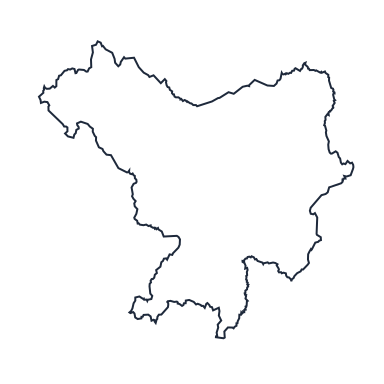 outline of Bolivar, Manabi, Ecuador, rotated 4°
{"feature_id": "8360857B59948244226228", "entity_name": "Bolivar", "entity_type": "district", "adm_level": 2, "iso_a3": "ECU", "parent_name": "Ecuador", "parent_adm1": "Manabi", "projection": "equal_earth", "projection_center": [-80.053, -0.927], "detail": "fine", "context": "isolated", "style": "outline", "palette": "slate", "viewbox_px": 384, "rotation_deg": 4, "n_neighbors": 0, "source": "geoboundaries", "source_scale": "gbopen_adm2", "svg_char_len": 5956}
<svg xmlns="http://www.w3.org/2000/svg" viewBox="0 0 384 384"><g transform="rotate(4 192 192)"><path d="M296.2,55.1L295.0,55.7L293.7,58.0L293.9,59.4L293.2,61.3L292.4,61.6L291.3,63.7L286.6,61.3L285.8,61.9L285.3,63.8L283.5,64.1L282.5,66.3L281.5,66.2L279.8,67.4L278.3,66.9L277.4,67.9L277.0,67.3L275.3,68.3L274.0,68.0L273.2,66.8L272.4,72.8L271.4,74.4L269.6,74.8L268.8,77.9L266.3,80.5L259.8,80.5L246.7,75.8L241.5,81.5L241.6,82.4L239.8,82.1L235.2,83.5L226.8,91.1L221.5,89.9L212.9,96.2L211.4,96.5L205.6,100.3L191.1,106.1L189.9,105.0L187.2,105.2L185.3,103.7L184.1,103.7L181.0,101.9L180.7,102.4L179.2,101.1L178.1,100.8L176.6,101.9L174.8,99.9L174.0,100.4L173.9,99.8L171.9,98.5L169.3,98.7L167.9,98.0L167.2,95.9L166.3,96.0L165.1,94.7L165.2,93.0L162.8,91.6L162.0,89.3L160.4,89.0L159.3,87.4L158.4,84.4L158.7,83.1L157.0,81.3L153.3,85.6L145.5,78.3L141.5,80.2L140.2,78.5L135.5,76.3L130.2,71.2L124.8,62.1L116.1,63.6L114.8,62.3L111.9,67.2L111.5,69.8L109.7,71.7L106.3,68.4L105.5,64.6L102.7,58.7L95.9,55.7L93.0,52.5L92.1,52.9L90.5,49.4L87.4,48.3L86.0,51.8L82.1,53.3L83.4,59.7L82.0,66.8L82.8,74.5L80.7,75.9L79.5,79.1L78.2,79.3L75.7,77.8L70.7,77.7L69.8,78.2L68.3,81.4L67.5,81.6L66.2,77.5L63.9,77.1L62.0,78.3L59.7,78.1L58.8,79.3L56.4,80.0L53.1,84.7L51.3,85.3L50.6,88.7L48.9,89.8L49.3,95.9L47.8,97.4L45.9,95.9L42.9,98.8L39.9,99.2L38.1,98.3L37.3,97.0L36.9,98.8L37.3,100.2L36.5,101.5L36.8,103.4L32.7,107.6L34.5,110.8L35.1,113.7L38.4,112.2L41.5,112.4L43.6,115.5L42.8,116.8L43.2,120.7L58.3,133.3L59.9,135.6L61.9,135.5L63.2,136.3L63.5,140.2L61.3,142.5L64.4,145.2L70.0,146.2L70.6,142.9L71.9,141.4L72.3,138.1L74.6,136.6L74.4,135.1L72.9,133.3L72.5,131.6L76.2,129.6L83.2,131.4L85.6,133.9L88.7,135.8L88.8,138.8L91.1,142.8L92.5,144.0L92.6,147.4L96.0,153.9L99.7,155.3L100.8,157.5L104.1,160.7L108.6,160.9L116.9,173.3L125.8,177.0L126.8,176.7L127.8,175.1L127.8,176.5L129.0,178.1L130.6,178.4L131.5,177.7L132.6,179.4L133.8,179.9L134.1,182.3L135.6,183.6L136.0,185.7L135.5,186.8L133.2,187.9L131.4,191.7L133.1,198.4L132.5,200.4L134.0,202.8L136.4,205.0L135.2,207.4L135.9,210.3L138.7,212.9L138.0,217.7L136.2,221.6L136.7,222.9L139.3,224.5L140.0,227.2L140.9,226.9L142.3,228.2L145.9,228.5L148.6,227.7L151.0,229.0L153.1,228.2L153.3,229.3L155.6,230.4L157.0,230.2L157.5,231.2L158.3,230.5L159.1,231.6L160.6,230.3L161.2,231.7L164.6,233.5L166.9,238.4L179.9,236.8L181.7,237.8L183.3,240.1L183.4,245.4L182.3,248.5L177.4,254.3L176.7,256.1L174.0,255.8L171.9,261.2L170.9,260.0L168.6,260.5L167.9,262.7L166.3,264.2L165.7,268.7L161.7,272.4L162.6,275.3L160.7,277.1L160.3,280.1L159.0,281.6L157.8,281.7L156.9,283.5L157.4,285.0L156.2,286.6L156.2,289.1L157.5,296.3L159.6,298.4L158.9,301.6L155.4,302.6L155.0,303.8L154.3,302.5L151.8,302.8L151.4,301.7L150.8,302.1L146.8,299.9L142.8,301.2L143.0,304.3L141.5,307.1L140.7,312.3L139.6,314.9L138.0,316.5L139.0,317.1L141.7,315.9L143.1,317.2L144.1,321.1L146.7,322.5L150.3,321.6L150.3,320.0L151.5,319.9L152.3,318.0L156.9,317.4L159.4,319.0L160.6,323.2L162.6,322.1L163.6,322.5L163.7,323.8L164.9,325.2L165.6,321.6L166.2,321.1L166.2,319.0L167.5,316.7L170.0,316.4L176.0,308.6L176.2,306.2L176.0,304.5L175.0,303.4L175.4,302.7L178.1,302.1L181.9,302.9L184.5,302.4L185.5,303.1L185.5,304.3L187.4,304.6L190.0,306.3L191.3,305.4L191.7,303.6L193.4,303.4L193.4,300.7L196.7,299.9L201.4,301.5L203.9,303.9L205.5,303.1L208.6,304.1L209.4,305.0L211.0,304.8L212.8,306.7L214.1,302.5L215.1,301.7L217.2,303.6L218.1,305.2L220.0,305.5L221.3,308.6L226.8,305.6L227.7,308.9L227.4,313.4L230.1,318.2L226.9,322.5L227.6,325.4L226.4,330.5L227.2,333.9L226.0,334.3L226.0,335.2L233.7,335.7L234.8,334.9L234.0,328.9L237.3,324.6L241.7,324.4L243.0,325.1L243.8,323.6L245.7,322.3L245.5,319.9L246.5,319.7L246.6,317.8L247.9,314.7L247.8,311.1L249.4,311.0L249.6,308.6L250.5,309.6L251.2,308.6L251.7,309.5L251.4,307.6L252.5,307.9L252.4,306.0L253.7,305.6L253.2,304.7L254.0,303.1L253.5,302.4L254.4,301.8L254.4,297.1L255.1,296.7L252.8,294.6L253.2,292.2L252.6,291.5L253.1,290.9L251.9,290.3L251.6,289.3L252.3,288.9L252.1,286.7L253.7,285.3L253.7,283.4L254.6,282.4L254.2,281.7L254.7,280.5L253.6,280.2L253.9,278.5L252.9,277.9L253.0,276.2L252.1,275.6L252.3,272.8L251.9,272.1L252.8,271.1L252.3,268.0L252.9,265.9L252.3,263.9L250.4,264.7L250.6,261.8L249.3,259.2L247.3,258.2L247.2,257.2L248.8,257.3L248.7,256.5L250.0,254.7L251.4,254.5L252.0,253.0L253.7,252.5L255.2,253.1L255.9,252.0L258.2,252.8L259.6,254.9L260.9,254.4L262.2,256.2L267.2,257.5L268.1,259.0L268.5,258.1L272.4,256.9L273.7,257.9L277.8,256.7L280.0,257.0L282.3,258.1L281.6,259.3L283.8,262.4L284.1,263.4L283.5,264.8L284.4,266.1L286.5,265.8L287.2,266.8L288.9,266.1L291.3,266.6L291.8,268.9L293.1,270.4L294.6,270.4L296.8,272.3L297.3,274.1L297.8,272.0L299.3,270.8L300.0,268.8L302.6,265.6L305.9,263.6L306.8,261.6L308.2,261.6L312.6,256.3L313.6,254.6L312.4,251.3L312.2,246.0L313.2,243.5L314.6,240.7L315.2,241.4L315.6,240.8L318.5,233.9L321.4,232.9L322.3,231.7L324.0,231.0L323.6,228.1L319.6,226.0L319.2,225.1L318.7,208.7L316.1,204.5L314.5,205.8L312.0,205.4L310.9,202.5L311.5,199.4L321.4,186.1L325.4,184.7L327.4,182.9L328.5,177.8L340.2,172.9L341.4,171.5L341.3,169.5L341.8,169.7L342.0,168.2L344.1,167.9L342.8,165.4L345.0,165.8L349.1,164.2L351.0,157.7L351.3,155.9L350.9,153.7L349.6,151.6L347.8,152.4L345.0,150.2L343.1,153.5L341.2,153.0L339.9,153.9L338.5,152.3L337.4,148.2L336.0,146.9L334.4,142.7L332.5,141.4L328.9,143.9L327.8,144.0L326.6,143.0L325.3,139.8L324.6,135.3L325.0,132.0L322.2,126.7L321.4,123.2L321.7,121.3L320.1,116.7L319.2,116.2L319.8,113.9L319.5,112.0L320.2,110.7L319.8,107.8L321.6,105.0L323.0,105.7L322.6,103.2L323.0,102.6L324.2,102.1L324.1,101.4L325.2,100.8L326.6,98.2L327.8,98.1L327.0,97.8L326.3,96.3L328.1,93.2L327.1,91.2L328.3,90.4L327.5,89.8L326.0,85.2L326.4,83.6L327.3,83.7L327.2,82.7L325.8,81.8L326.0,80.3L325.4,79.1L323.6,78.5L320.9,71.3L320.8,68.3L319.9,67.9L319.8,65.6L316.9,63.9L316.2,62.5L313.2,64.0L312.6,63.1L311.7,64.0L307.4,62.0L306.7,62.5L305.0,61.8L300.9,62.2L300.0,60.8L299.2,60.8L298.7,59.1L295.8,56.9L296.2,55.1Z" fill="none" stroke="#1e293b" stroke-width="2"/></g></svg>